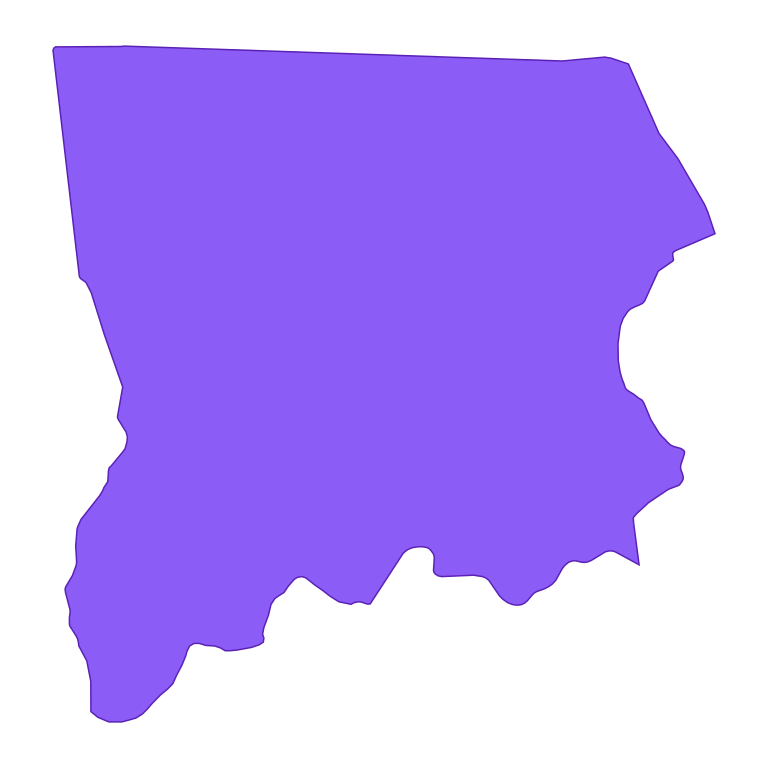 North Kordufan, Mercator projection
{"feature_id": "SDN-883", "entity_name": "North Kordufan", "entity_type": "State", "adm_level": 1, "iso_a3": "SDN", "parent_name": "Sudan", "parent_adm1": "", "projection": "mercator", "projection_center": [29.791, 14.01], "detail": "fine", "context": "isolated", "style": "filled", "palette": "violet", "viewbox_px": 768, "rotation_deg": 0, "n_neighbors": 0, "source": "natural_earth", "source_scale": "10m", "svg_char_len": 3086}
<svg xmlns="http://www.w3.org/2000/svg" viewBox="0 0 768 768"><path d="M403.3,553.1L370.2,603.9L367.9,604.1L365.8,603.6L363.3,602.7L360.9,602.0L358.0,601.8L354.3,602.6L351.0,604.3L338.9,601.8L330.5,596.5L322.7,590.5L314.3,584.6L305.9,577.9L302.1,576.6L297.5,577.3L294.3,579.3L288.5,585.9L284.0,592.5L278.8,595.8L274.9,598.5L271.0,604.4L268.5,615.0L263.9,627.5L262.6,634.2L263.9,638.1L263.3,642.1L259.4,644.7L251.6,647.4L237.4,650.0L230.3,650.7L225.2,650.7L220.6,648.0L214.8,646.0L205.8,645.4L199.3,643.4L194.1,643.4L189.6,646.0L187.0,651.3L185.7,656.0L181.9,665.2L176.7,675.1L172.8,683.7L167.6,689.0L160.5,694.9L152.1,703.5L147.0,709.4L142.4,714.0L136.0,718.0L129.5,719.9L121.8,721.9L108.8,721.9L97.9,717.3L90.9,711.6L90.8,681.4L86.8,660.9L78.8,645.9L78.5,643.0L77.6,638.9L76.1,635.9L70.0,626.3L69.6,625.0L69.4,623.9L69.4,617.6L70.0,612.9L70.1,611.2L70.0,609.7L65.5,592.5L65.1,589.4L65.3,588.1L65.9,586.5L72.5,575.4L75.9,566.1L76.3,564.7L76.5,563.1L76.6,561.2L75.7,546.1L77.1,528.8L77.7,526.9L81.0,519.4L99.6,495.7L102.4,491.2L104.0,487.4L107.6,481.9L107.9,480.4L108.5,470.7L108.9,468.8L109.3,467.6L111.1,466.0L123.5,451.0L125.0,448.8L125.4,447.6L127.0,441.6L127.4,436.9L126.1,432.1L118.2,419.3L117.9,418.5L117.5,417.4L117.6,416.0L122.7,387.0L104.4,334.8L91.2,292.6L85.9,282.3L81.1,279.0L79.9,277.7L79.3,276.1L53.0,50.1L54.0,48.0L55.5,46.9L120.9,46.5L124.2,46.1L562.0,61.0L604.6,57.1L610.9,58.1L628.4,64.0L659.0,133.4L677.8,158.5L704.4,204.2L707.8,212.0L715.0,233.7L675.6,250.6L674.0,251.7L672.7,253.2L672.8,255.7L673.1,257.8L673.5,259.6L673.4,260.3L672.9,261.0L659.0,270.6L658.3,271.3L657.9,271.9L644.8,300.7L643.6,302.2L642.8,303.1L641.7,303.8L638.8,305.2L635.1,306.7L630.5,309.0L629.5,309.8L627.8,311.5L623.2,318.3L620.4,325.9L620.2,326.9L618.0,343.7L618.3,360.9L620.1,372.1L622.0,378.9L624.0,383.8L624.8,386.4L625.3,387.7L625.8,388.7L626.2,389.2L626.6,389.6L629.2,391.5L633.5,394.1L638.8,398.2L641.6,399.8L642.0,400.2L642.4,400.7L643.8,402.8L650.9,419.8L659.1,433.1L662.3,436.8L665.7,440.1L666.8,441.5L669.9,444.5L670.9,445.2L673.8,446.5L680.6,448.4L681.2,448.7L683.2,450.0L683.7,450.4L684.1,451.0L684.4,451.4L684.5,452.3L684.3,454.1L680.9,464.6L680.6,466.7L680.6,468.2L680.9,469.6L682.5,474.1L683.2,476.8L683.2,477.6L683.2,478.4L683.1,479.2L682.6,480.3L681.9,481.7L680.4,483.7L679.6,484.7L678.8,485.3L668.2,489.4L648.6,502.6L636.7,513.6L633.9,516.9L633.3,517.9L633.6,522.9L639.1,564.8L615.0,551.7L611.9,550.9L609.1,550.9L605.4,551.8L591.4,560.4L587.7,561.9L584.9,562.4L582.1,562.3L575.6,560.8L572.5,560.9L568.7,562.2L565.2,565.0L562.4,568.4L555.7,580.4L552.6,583.8L548.6,586.7L544.5,588.8L537.5,591.3L535.2,592.4L533.8,593.4L532.5,594.7L527.4,600.7L524.6,603.1L521.4,604.6L518.1,605.1L514.9,605.0L511.8,604.3L507.6,602.6L502.9,599.3L499.3,595.6L488.8,580.3L485.9,578.0L482.6,576.6L473.6,575.2L441.6,576.6L438.0,575.8L435.1,573.8L433.9,572.2L433.5,570.4L434.3,557.9L434.0,555.9L433.6,554.4L432.8,553.0L430.6,550.1L429.3,548.8L428.4,548.2L427.2,547.7L425.4,547.2L421.7,546.7L417.2,546.9L412.3,547.7L407.6,549.6L403.3,553.1Z" fill="#8b5cf6" stroke="#5b21b6" stroke-width="1.5"/></svg>